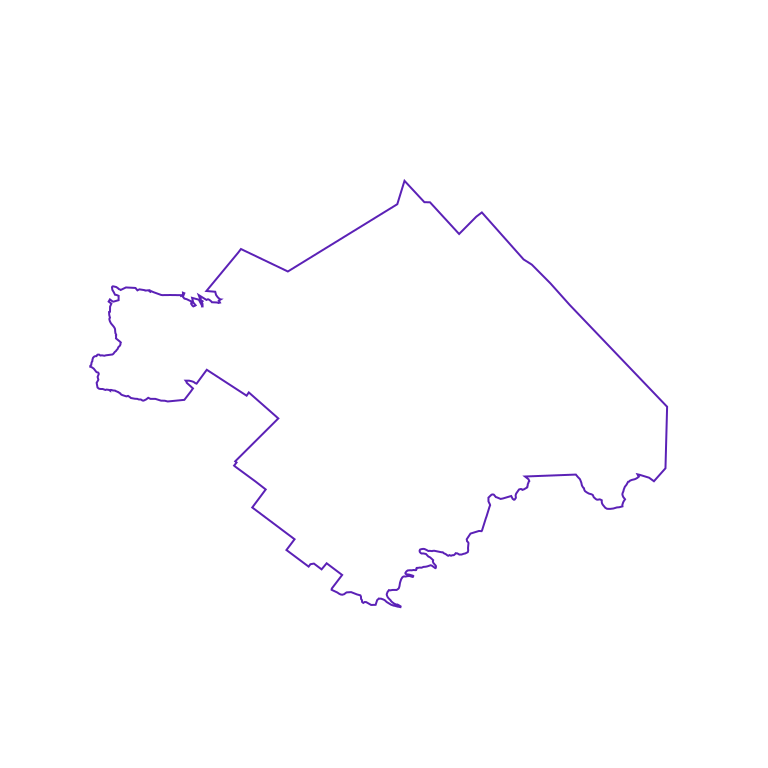 outline of Gómez Farías, Chihuahua, Mexico, rotated 307°
{"feature_id": "50627088B93655982801806", "entity_name": "Gómez Farías", "entity_type": "district", "adm_level": 2, "iso_a3": "MEX", "parent_name": "Mexico", "parent_adm1": "Chihuahua", "projection": "equal_earth", "projection_center": [-107.821, 29.346], "detail": "fine", "context": "isolated", "style": "outline", "palette": "violet", "viewbox_px": 768, "rotation_deg": 307, "n_neighbors": 0, "source": "geoboundaries", "source_scale": "gbopen_adm2", "svg_char_len": 6154}
<svg xmlns="http://www.w3.org/2000/svg" viewBox="0 0 768 768"><g transform="rotate(307 384 384)"><path d="M558.6,278.1L535.6,286.4L416.0,239.5L405.7,188.5L401.5,188.5L351.4,186.2L356.1,193.7L354.1,196.2L353.5,198.0L353.1,199.6L353.0,202.2L353.3,202.7L351.2,201.9L350.3,204.0L349.0,202.9L348.9,202.0L345.7,197.3L346.0,196.4L346.1,193.9L345.8,192.5L345.6,192.3L344.3,191.6L343.5,182.5L341.8,185.2L341.7,186.4L340.7,186.7L340.9,189.3L339.7,189.2L338.8,190.8L336.8,192.4L336.5,192.0L336.9,191.8L339.9,185.4L337.3,178.9L334.6,182.2L334.1,183.4L333.5,186.2L332.5,185.8L331.2,185.0L331.3,183.7L332.0,181.7L332.5,181.4L333.2,181.9L334.1,181.1L333.0,175.4L332.1,173.2L332.6,170.9L336.3,169.9L335.9,168.5L334.4,169.7L333.6,169.2L332.8,169.3L332.1,168.9L332.5,168.1L332.4,167.9L326.4,159.7L321.6,153.5L321.0,152.4L318.7,144.9L318.0,142.1L317.0,142.0L316.9,140.8L317.7,140.2L315.1,137.3L315.2,137.2L314.7,136.0L312.4,131.7L310.4,130.7L311.1,127.8L310.8,127.2L305.8,119.8L300.6,117.1L300.6,116.2L300.2,115.1L300.4,113.9L300.3,111.8L299.1,109.1L298.6,108.5L297.6,108.5L295.7,110.4L294.7,112.9L293.4,115.5L294.1,116.7L294.7,119.0L291.2,121.6L287.0,118.4L286.6,117.6L286.6,114.2L284.1,114.5L284.1,117.9L280.9,118.7L276.8,121.7L276.0,121.1L273.7,123.1L272.0,125.3L271.1,125.3L270.3,125.8L269.1,127.4L268.1,129.5L267.2,133.4L266.8,134.6L266.3,135.7L265.6,136.5L264.2,137.7L262.8,139.1L262.3,140.3L261.9,140.7L261.4,140.7L260.4,141.7L259.1,142.5L258.9,148.4L258.7,148.9L258.2,148.9L256.8,149.8L255.5,150.0L253.5,149.7L251.5,150.2L250.0,150.0L249.1,150.1L247.5,149.7L245.3,149.7L244.2,149.4L239.5,144.6L238.3,143.7L237.1,141.4L236.2,140.6L236.0,140.0L236.1,139.1L235.4,137.9L234.8,137.5L233.2,137.6L232.5,136.7L231.6,136.1L230.6,135.9L229.6,135.9L227.6,136.7L226.8,137.3L225.7,137.4L224.8,137.7L223.1,138.7L221.8,138.5L221.0,139.0L221.3,139.7L221.5,140.6L221.6,142.9L220.7,146.3L220.5,147.3L221.1,148.8L220.8,149.7L220.3,150.2L217.3,151.0L215.5,153.3L214.4,153.5L212.0,153.8L208.8,157.3L208.7,158.5L208.8,159.4L209.6,160.9L210.7,162.3L211.6,165.1L212.6,165.8L213.7,167.8L213.8,169.4L214.4,168.9L214.9,169.4L215.4,170.3L215.5,171.0L216.9,173.3L216.9,174.1L217.1,174.5L217.5,176.6L217.7,176.8L217.6,177.5L217.8,179.1L217.4,179.8L217.6,181.5L219.0,185.5L219.4,186.1L220.0,186.3L220.5,186.8L220.5,187.8L220.6,188.5L220.5,190.3L222.3,193.9L223.7,196.0L224.0,197.3L225.2,199.0L225.4,199.7L225.4,200.7L225.7,201.6L226.2,202.1L228.5,203.3L231.1,204.0L231.6,206.5L234.5,210.3L236.5,215.9L238.7,219.0L239.9,221.8L251.2,234.1L261.3,234.2L265.5,234.1L266.2,226.2L266.3,225.6L266.9,225.0L267.3,223.6L269.3,226.2L270.5,228.9L271.1,230.7L271.1,232.7L271.5,234.1L288.7,233.9L292.0,281.3L295.9,281.1L292.9,320.3L232.7,311.7L232.6,313.5L228.6,313.4L228.5,315.0L228.8,340.1L228.6,353.0L206.1,353.1L206.2,406.0L192.7,406.0L192.8,433.7L195.8,433.7L198.4,436.1L198.4,445.7L206.3,446.1L206.3,465.5L189.6,465.4L188.7,465.6L188.1,466.0L189.4,472.2L189.5,474.4L189.8,476.0L190.6,477.5L192.2,478.7L194.2,479.2L195.1,479.6L198.0,483.0L199.7,489.1L201.0,492.3L200.3,493.6L198.5,495.1L198.1,496.5L196.8,497.6L196.7,499.2L198.3,499.8L199.1,501.1L199.8,506.7L202.6,510.2L207.2,508.6L209.6,509.0L209.9,509.8L210.1,509.9L210.8,510.9L211.5,513.1L211.8,514.7L211.5,517.3L212.0,522.5L212.8,525.1L213.3,526.0L214.5,529.1L214.8,529.5L215.7,531.4L216.4,531.1L216.3,529.7L216.0,527.5L215.2,526.5L215.0,525.6L214.7,524.0L214.7,522.1L214.8,520.5L215.2,519.6L215.7,516.2L216.0,515.2L216.9,513.6L217.7,512.7L220.0,512.0L222.4,512.0L222.7,512.9L224.9,515.0L227.0,517.9L227.5,518.2L229.2,518.7L230.0,518.7L231.9,518.0L234.9,516.4L237.5,515.5L238.5,515.2L240.6,515.0L241.7,515.3L242.4,515.8L243.2,517.1L244.8,518.5L246.0,519.9L247.1,522.9L247.5,523.2L248.3,522.9L248.3,522.5L247.0,519.0L245.6,516.5L245.4,515.6L245.6,515.1L246.0,514.8L247.0,514.7L247.9,514.7L249.3,515.1L250.8,516.7L251.9,518.3L253.2,519.5L254.2,521.1L254.7,521.6L255.5,521.5L256.0,521.2L256.2,520.8L256.8,520.8L257.7,521.9L259.1,523.2L259.3,523.7L260.0,524.6L261.7,525.6L263.2,527.3L264.5,528.4L267.3,530.3L267.7,531.4L267.8,535.8L268.0,536.0L268.8,535.8L269.8,535.1L270.1,534.5L270.8,531.2L271.2,530.5L271.7,529.8L272.9,529.3L273.3,525.2L272.9,523.2L273.5,519.8L272.4,517.5L271.3,516.1L271.1,515.2L271.4,513.7L271.9,513.1L272.4,512.7L273.1,512.5L273.6,512.5L274.9,513.5L275.9,514.5L276.5,515.5L276.7,516.2L277.1,518.1L277.2,519.3L277.4,520.0L278.2,520.8L279.5,523.0L280.0,523.3L281.0,524.4L284.3,531.3L284.9,532.1L285.0,532.6L284.8,533.4L285.3,535.7L285.3,538.1L285.6,538.8L286.7,539.2L287.2,540.9L288.4,541.6L288.7,542.1L289.2,542.6L289.7,542.9L290.9,543.1L292.0,543.1L292.2,543.7L292.7,544.1L293.0,545.5L293.1,546.8L294.5,548.6L296.2,549.7L297.6,550.9L300.1,552.1L301.6,551.5L303.6,549.8L307.8,547.2L308.2,546.5L308.4,545.0L309.8,543.5L316.6,543.1L323.8,548.3L325.2,550.5L326.4,550.3L338.2,546.1L339.6,545.7L349.3,542.2L351.1,541.7L351.6,541.0L353.1,538.1L356.1,535.8L359.9,536.4L360.8,536.8L361.6,537.9L361.7,538.4L361.0,541.4L361.4,542.4L362.4,546.3L364.2,547.9L371.1,553.0L369.7,555.9L369.8,557.5L370.4,557.9L372.5,557.8L374.3,556.1L376.0,555.5L381.0,555.3L382.1,556.1L382.7,556.9L382.9,557.5L382.7,558.2L384.0,559.1L387.3,560.5L388.0,560.5L388.3,560.1L389.2,560.0L389.8,559.5L390.6,559.1L391.5,559.0L392.4,558.5L393.9,558.5L394.9,556.7L395.0,552.3L427.1,591.7L426.3,595.2L426.0,597.4L425.6,598.3L424.0,600.9L422.1,603.1L421.4,604.7L421.1,605.5L421.1,606.5L420.2,607.4L419.7,608.3L419.4,609.2L419.5,611.5L419.8,613.6L420.8,616.1L421.0,617.5L419.8,619.7L419.6,622.4L419.7,623.4L420.2,624.3L421.7,625.7L422.0,626.7L422.2,627.9L420.8,628.9L419.8,630.1L419.2,631.5L418.3,635.3L418.6,637.3L420.4,639.8L422.6,642.1L425.6,644.3L427.1,646.0L429.8,648.1L430.9,647.1L433.2,646.3L434.6,646.0L437.0,645.9L437.7,643.2L438.5,641.8L439.2,640.9L440.2,640.3L442.5,639.7L444.0,639.0L446.9,638.2L449.4,638.3L452.8,637.8L453.6,638.5L454.8,638.6L456.6,639.7L458.9,641.6L460.0,642.2L461.4,642.8L463.4,643.3L463.6,642.5L464.4,640.8L465.4,643.0L468.7,652.1L468.8,658.1L486.1,659.5L536.2,623.8L558.9,484.7L564.5,456.5L568.3,430.2L567.5,420.5L579.9,358.9L573.2,357.0L549.0,353.7L556.8,311.4L553.5,306.8L558.6,278.1Z" fill="none" stroke="#5b21b6" stroke-width="2"/></g></svg>